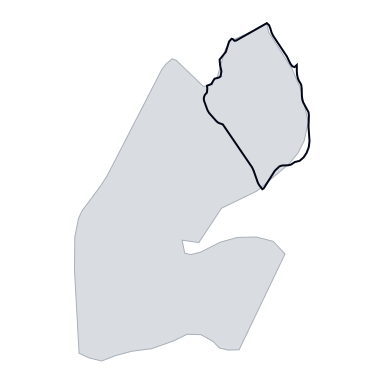 Obock highlighted on a map of Djibouti
{"feature_id": "DJI-1570", "entity_name": "Obock", "entity_type": "Region", "adm_level": 1, "iso_a3": "DJI", "parent_name": "Djibouti", "parent_adm1": "", "projection": "equal_earth", "projection_center": [43.052, 12.273], "detail": "fine", "context": "in_parent", "style": "outline", "palette": "ink", "viewbox_px": 384, "rotation_deg": 0, "n_neighbors": 0, "source": "natural_earth", "source_scale": "10m", "svg_char_len": 1672}
<svg xmlns="http://www.w3.org/2000/svg" viewBox="0 0 384 384"><path d="M285.0,254.0L272.7,279.7L257.0,312.5L239.1,349.8L227.9,350.1L219.2,347.9L213.3,341.6L201.0,334.7L187.2,334.2L174.0,340.7L151.6,348.7L131.5,351.3L115.2,355.7L101.7,361.0L89.6,358.1L79.1,353.4L76.9,313.7L74.5,270.6L74.8,236.9L78.5,218.4L81.8,211.2L100.9,185.5L107.5,175.1L129.3,132.7L148.0,96.4L161.9,69.3L166.2,63.9L172.1,58.8L176.2,60.3L203.3,86.4L208.0,85.7L217.1,77.6L225.3,49.6L231.1,39.4L233.5,39.7L250.9,31.9L266.6,23.0L268.7,32.2L292.5,69.8L300.3,88.2L308.3,122.1L304.1,140.9L297.9,153.2L288.7,164.2L256.9,191.0L221.5,208.2L198.9,242.5L182.1,240.2L184.7,253.2L190.9,254.6L200.7,252.1L220.2,242.2L237.5,237.4L256.2,237.0L273.1,241.3L285.0,254.0Z" fill="#d9dde1" stroke="#a8b0b8" stroke-width="1"/><path d="M234.5,40.8L236.0,40.6L266.8,23.2L269.1,25.2L270.4,28.6L271.5,32.4L273.0,35.6L286.9,56.5L290.3,63.5L292.3,66.3L294.5,67.1L296.8,65.0L296.8,71.7L297.1,74.9L297.8,78.2L298.9,80.8L300.2,82.9L301.3,85.2L301.7,88.6L301.9,95.9L302.3,99.7L303.2,102.4L308.5,112.2L308.9,115.4L308.5,126.5L309.5,140.9L308.8,147.0L306.7,152.7L303.6,157.4L299.8,160.7L298.7,161.1L294.9,162.0L291.0,164.6L288.2,165.3L282.1,165.5L279.4,166.4L274.8,170.8L263.9,188.1L263.1,188.7L262.3,189.2L258.9,184.7L257.7,182.3L253.7,170.9L252.1,167.4L222.8,124.4L219.1,123.1L217.7,122.3L216.4,121.2L209.3,113.2L208.3,111.6L207.5,110.2L204.2,101.2L203.9,99.8L203.8,98.3L204.1,96.9L204.5,95.7L205.0,94.7L206.9,92.6L207.3,88.8L207.0,85.7L211.5,84.1L213.4,80.4L214.6,78.7L218.8,77.6L220.6,76.4L221.4,71.2L220.1,65.3L219.6,59.6L225.8,51.9L229.1,41.5L231.5,38.8L232.7,39.0L234.5,40.8Z" fill="none" stroke="#020617" stroke-width="2"/></svg>